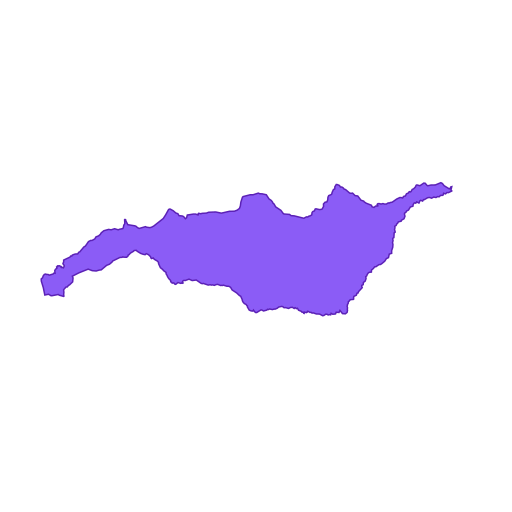 Arbeláez, Cundinamarca, Colombia, rotated 153°
{"feature_id": "7082276B25654639268061", "entity_name": "Arbeláez", "entity_type": "district", "adm_level": 2, "iso_a3": "COL", "parent_name": "Colombia", "parent_adm1": "Cundinamarca", "projection": "natural_earth1", "projection_center": [-74.432, 4.234], "detail": "fine", "context": "isolated", "style": "filled", "palette": "violet", "viewbox_px": 512, "rotation_deg": 153, "n_neighbors": 0, "source": "geoboundaries", "source_scale": "gbopen_adm2", "svg_char_len": 6110}
<svg xmlns="http://www.w3.org/2000/svg" viewBox="0 0 512 512"><g transform="rotate(153 256 256)"><path d="M152.0,283.3L154.3,281.9L155.4,280.0L156.8,280.1L159.3,278.1L160.4,276.8L161.2,276.6L163.8,276.8L165.2,275.7L166.6,273.5L168.3,272.0L170.0,272.6L172.3,271.7L173.3,269.5L175.6,267.9L176.3,267.8L178.3,268.5L181.1,270.8L181.9,271.0L183.5,269.7L185.2,269.8L186.3,269.3L187.7,267.3L189.7,267.2L190.6,267.5L192.2,267.3L193.4,268.0L196.2,267.9L203.7,274.4L206.5,276.1L207.2,277.8L211.8,280.6L212.4,281.3L213.1,285.4L216.2,290.9L216.3,294.1L216.9,295.5L216.8,296.7L217.2,298.6L218.5,301.0L219.0,305.9L222.3,308.6L224.4,309.8L225.4,311.0L230.8,311.9L233.4,313.2L240.5,314.8L241.4,314.5L245.0,310.9L247.3,307.6L249.2,305.9L251.9,305.4L254.9,305.7L259.4,307.9L267.4,309.9L271.9,313.5L278.4,316.5L280.6,316.7L284.7,318.5L286.0,318.7L287.7,320.1L288.2,320.0L288.8,318.9L289.1,319.0L290.8,320.8L292.8,321.8L298.6,323.7L300.5,321.6L302.0,321.3L302.6,324.0L303.6,325.2L306.3,326.9L306.4,329.2L307.9,330.7L309.2,333.9L311.1,336.7L311.8,337.1L312.8,337.1L317.8,333.7L321.6,331.5L333.6,329.1L336.3,329.1L337.8,329.5L340.5,331.4L341.1,332.3L347.6,333.6L348.7,335.1L349.5,337.1L350.4,338.0L356.0,342.1L356.0,346.4L355.7,347.6L356.2,348.1L356.6,348.0L358.2,344.4L359.8,343.5L361.2,341.7L362.2,340.9L365.5,341.8L366.9,341.9L369.6,344.5L373.2,345.1L375.2,346.6L380.1,347.6L383.4,346.9L385.0,345.9L387.2,345.4L389.9,345.7L391.9,344.4L395.1,344.3L396.2,344.9L398.7,344.9L403.5,342.3L405.3,342.2L411.1,339.7L412.3,339.8L413.9,338.8L416.1,339.8L417.9,340.1L419.3,340.2L420.1,339.6L421.2,340.1L421.5,339.7L422.8,339.5L429.2,339.7L430.1,338.0L431.4,337.0L431.5,335.9L431.2,335.0L431.4,334.1L432.9,332.9L433.5,333.6L434.2,333.7L434.3,334.8L434.8,334.7L434.8,335.4L435.4,336.4L437.3,337.3L437.6,336.7L438.6,336.8L439.0,335.5L440.7,335.2L441.9,334.4L442.9,331.9L443.7,332.5L445.0,332.1L448.9,332.8L449.7,334.0L450.8,334.5L451.6,335.4L452.9,335.7L454.5,335.0L456.2,333.4L457.6,333.2L458.1,332.5L458.7,331.0L459.9,324.3L461.9,317.1L458.2,316.1L456.7,313.7L455.7,313.2L449.7,311.5L449.1,310.4L445.7,307.3L445.4,307.4L444.8,309.1L443.7,310.8L442.7,313.3L439.4,314.6L438.1,314.1L436.4,315.0L435.3,314.9L431.1,316.2L429.0,319.5L428.8,321.4L421.5,321.4L411.5,320.5L408.6,317.3L405.2,315.2L402.0,314.6L400.2,313.9L393.3,315.5L390.3,315.2L387.2,315.9L385.9,316.6L378.0,316.5L375.9,315.6L375.0,315.7L374.4,315.0L371.8,313.6L370.0,314.1L369.4,314.9L368.6,314.8L366.5,315.6L363.1,315.8L362.1,316.2L360.5,315.6L360.0,315.3L359.8,314.3L357.6,310.7L355.8,308.8L354.2,307.5L352.7,307.9L351.2,306.0L350.3,303.4L350.5,301.8L350.2,301.1L348.5,300.9L348.1,299.2L346.1,296.1L345.8,294.4L346.3,293.4L346.5,289.0L345.3,286.4L345.0,284.9L343.6,282.2L344.2,280.9L344.0,278.7L344.2,278.0L344.0,275.5L343.2,273.0L343.7,271.7L343.1,270.9L343.0,269.9L341.5,269.4L341.1,267.8L340.4,267.2L337.6,267.8L335.5,265.8L334.1,265.4L333.7,265.0L333.2,265.1L333.6,266.1L332.3,267.0L331.2,267.0L330.3,266.3L326.2,265.8L324.0,263.1L320.1,261.7L317.3,256.5L316.4,255.7L315.4,255.5L311.8,251.8L309.8,251.2L309.1,250.4L308.0,250.1L306.3,248.7L304.8,248.7L303.1,248.2L300.8,245.7L300.0,245.5L299.4,245.0L298.4,244.9L295.7,242.3L294.0,241.4L292.9,239.7L292.7,236.6L290.0,231.9L288.7,228.2L287.9,227.2L288.1,223.1L288.4,222.6L288.5,221.1L288.0,218.9L286.8,217.3L286.7,216.1L286.3,215.4L286.8,214.6L286.6,210.9L285.3,209.3L283.9,208.4L282.8,209.0L282.6,207.1L281.9,205.7L281.0,205.3L276.2,205.7L275.5,205.4L274.2,203.6L271.0,202.9L270.0,203.3L269.5,202.7L267.9,202.6L265.7,200.8L263.9,200.5L263.2,200.0L260.8,199.8L259.0,200.2L256.2,199.5L255.2,198.8L254.5,197.2L252.9,196.5L250.8,194.5L248.7,194.5L246.9,193.8L245.8,191.9L244.8,192.3L244.4,192.1L244.0,190.8L242.8,190.6L242.7,188.4L240.8,186.2L240.5,185.0L239.4,184.5L239.5,183.4L239.2,183.0L238.1,183.9L236.9,182.7L235.9,182.7L235.5,183.3L234.9,183.3L233.5,181.2L232.5,180.8L232.0,179.7L230.8,179.3L228.6,177.0L225.7,175.4L223.7,172.5L222.6,172.2L220.3,172.5L219.1,171.8L218.5,170.7L217.1,170.4L216.2,169.7L215.1,170.8L214.1,169.3L211.9,168.4L211.4,168.3L210.1,169.5L207.7,168.0L205.9,169.4L205.1,165.4L202.6,163.9L200.4,164.4L199.1,166.1L198.8,167.2L198.0,168.2L197.6,169.9L196.9,170.6L196.7,171.1L195.3,172.0L194.4,173.4L193.4,173.5L191.9,174.3L188.9,173.1L188.6,173.2L187.7,175.0L187.1,175.6L184.4,175.5L182.9,177.0L181.9,176.7L180.8,177.7L175.7,179.6L175.6,180.9L175.1,181.8L173.5,181.8L172.3,183.7L170.2,184.0L168.2,185.9L167.6,187.8L166.4,188.0L165.2,189.1L163.5,190.0L162.4,190.0L160.5,189.3L159.4,191.1L157.0,191.6L155.3,192.5L154.0,192.0L150.4,192.5L148.9,191.9L147.3,192.1L143.7,192.9L141.0,194.5L138.7,194.4L136.4,197.2L133.9,196.8L132.7,199.2L130.2,201.7L128.7,204.2L128.3,205.9L126.9,207.5L126.4,209.3L125.9,209.7L124.8,209.8L122.4,213.9L121.1,214.1L120.5,216.8L119.4,218.0L118.9,219.5L117.3,219.6L116.1,220.6L114.7,221.0L113.7,221.8L110.9,221.1L110.3,221.8L107.2,222.0L105.2,223.8L104.7,226.0L104.1,226.7L102.5,226.9L101.5,227.7L99.3,227.7L96.2,229.6L93.6,229.1L92.5,230.6L91.0,231.4L90.4,231.3L89.7,230.5L88.3,231.3L86.8,229.2L84.8,230.8L83.9,230.8L82.6,229.3L81.2,230.2L80.4,229.8L76.5,230.0L74.7,229.3L73.3,227.8L70.8,227.8L69.1,226.4L67.3,226.5L65.9,225.6L64.1,226.2L62.1,225.3L61.4,225.5L60.4,226.7L58.9,225.3L57.1,225.9L55.8,225.1L52.1,225.0L52.0,225.3L52.4,225.6L52.3,226.3L50.1,228.9L51.2,229.1L52.6,227.9L53.4,228.2L56.5,233.3L57.0,236.0L58.0,237.4L64.0,237.9L67.9,239.8L71.1,240.6L71.6,241.4L72.2,244.0L73.4,244.8L78.0,244.2L80.4,246.3L81.2,246.3L82.7,245.1L85.1,244.3L86.6,244.4L88.7,243.0L89.4,243.0L90.0,243.7L90.5,243.7L91.5,243.0L93.7,243.1L95.6,241.7L97.6,242.1L98.5,241.3L99.1,241.2L100.3,242.3L101.4,242.8L104.7,242.9L110.3,242.1L112.0,242.7L113.3,242.7L114.1,243.3L116.2,243.1L117.9,243.9L119.1,245.1L121.0,245.5L122.3,246.7L123.5,247.3L124.2,247.2L124.8,246.7L124.6,245.6L124.8,245.3L126.8,246.2L128.8,245.7L130.3,247.2L130.1,248.8L133.9,253.1L135.0,255.1L135.1,256.0L137.1,258.0L138.1,263.3L140.3,264.8L141.4,268.2L142.9,268.7L144.0,269.6L146.0,274.5L147.1,275.6L147.3,276.9L148.2,278.5L149.5,279.1L149.6,280.9L151.0,282.6L152.0,283.3Z" fill="#8b5cf6" stroke="#5b21b6" stroke-width="1.5"/></g></svg>